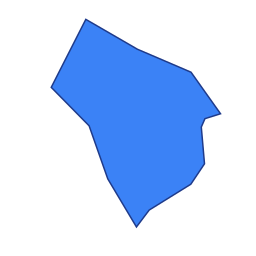 the Urban county of Salgótarján, rotated 106°
{"feature_id": "HUN-4921", "entity_name": "Salgótarján", "entity_type": "Urban county", "adm_level": 1, "iso_a3": "HUN", "parent_name": "Hungary", "parent_adm1": "", "projection": "orthographic", "projection_center": [19.799, 48.1], "detail": "fine", "context": "isolated", "style": "filled", "palette": "blue", "viewbox_px": 256, "rotation_deg": 106, "n_neighbors": 0, "source": "natural_earth", "source_scale": "10m", "svg_char_len": 324}
<svg xmlns="http://www.w3.org/2000/svg" viewBox="0 0 256 256"><g transform="rotate(106 128 128)"><path d="M88.8,43.0L97.8,56.6L106.9,57.8L141.3,44.6L164.7,52.1L201.0,85.0L220.8,92.6L182.5,133.4L136.6,166.0L110.1,213.0L35.2,198.5L49.7,140.6L57.0,82.8L88.8,43.0Z" fill="#3b82f6" stroke="#1e3a8a" stroke-width="1.5"/></g></svg>